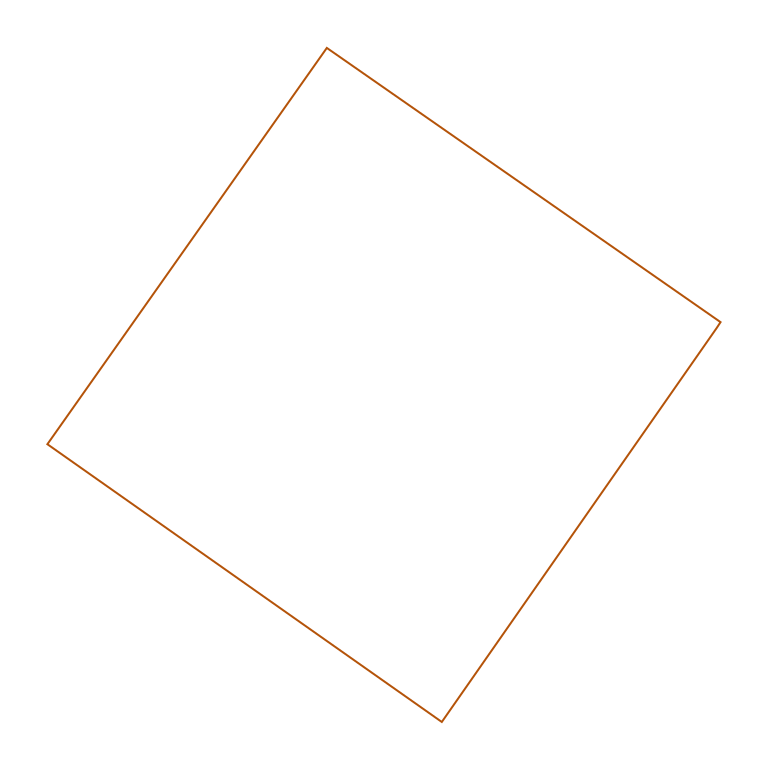 Carson, Texas, United States of America, rotated 35°
{"feature_id": "52423323B89233879615837", "entity_name": "Carson", "entity_type": "district", "adm_level": 2, "iso_a3": "USA", "parent_name": "United States of America", "parent_adm1": "Texas", "projection": "albers", "projection_center": [-101.316, 35.404], "detail": "fine", "context": "isolated", "style": "outline", "palette": "amber", "viewbox_px": 768, "rotation_deg": 35, "n_neighbors": 0, "source": "geoboundaries", "source_scale": "gbopen_adm2", "svg_char_len": 249}
<svg xmlns="http://www.w3.org/2000/svg" viewBox="0 0 768 768"><g transform="rotate(35 384 384)"><path d="M625.2,627.7L624.4,147.1L624.2,140.3L144.4,141.5L144.4,145.7L142.8,626.4L625.2,627.7Z" fill="none" stroke="#b45309" stroke-width="2"/></g></svg>